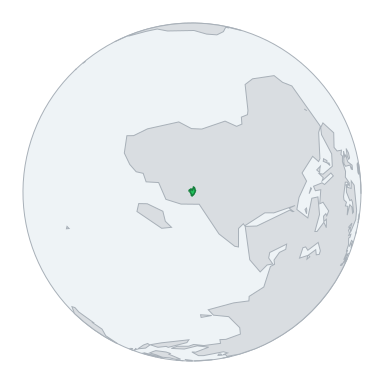 Iringa on an orthographic globe, rotated 102°
{"feature_id": "TZA-3386", "entity_name": "Iringa", "entity_type": "Region", "adm_level": 1, "iso_a3": "TZA", "parent_name": "United Republic of Tanzania", "parent_adm1": "", "projection": "orthographic", "projection_center": [35.62, -7.961], "detail": "fine", "context": "on_globe", "style": "filled", "palette": "green", "viewbox_px": 384, "rotation_deg": 102, "n_neighbors": 0, "source": "natural_earth", "source_scale": "10m", "svg_char_len": 7069}
<svg xmlns="http://www.w3.org/2000/svg" viewBox="0 0 384 384"><g transform="rotate(102 192 192)"><circle cx="192" cy="192" r="169" fill="#eef3f6" stroke="#a8b0b8"/><path d="M23.7,177.3L23.7,178.5L23.6,185.1L23.4,189.8L23.9,190.3L23.9,193.3L28.6,194.6L33.1,200.3L34.5,210.5L33.6,223.6L39.6,249.5L39.8,259.9L44.4,270.3L52.6,286.3L52.1,286.7L57.0,293.3L60.6,298.2L61.1,298.9L54.0,289.4L47.5,279.5L41.7,269.2L36.7,258.4L32.4,247.4L28.9,236.1L26.2,224.5L24.3,212.8L23.3,201.0L23.1,189.2L23.7,177.3ZM95.5,330.7L96.1,331.1L96.9,331.7L95.5,330.7ZM88.4,325.3L86.2,323.3L87.1,323.9L88.8,325.5L88.4,325.3ZM321.2,83.1L321.8,83.8L325.2,88.1L325.4,88.2L328.8,92.9L329.7,94.1L332.1,97.5L340.8,112.1L345.5,123.6L344.1,125.4L344.9,128.1L342.0,123.7L341.7,128.0L349.7,146.8L350.7,151.7L348.5,158.9L347.9,155.1L340.3,143.4L341.4,154.9L347.2,166.9L349.3,179.7L345.9,174.3L343.5,163.1L340.8,158.7L339.7,148.4L334.1,132.6L330.6,134.0L329.1,128.2L320.9,115.1L314.8,117.1L306.3,130.2L308.0,145.4L303.8,151.6L291.8,128.2L286.7,113.7L282.2,114.4L270.0,102.0L248.5,99.8L245.6,96.2L241.5,97.6L232.9,93.9L228.6,88.4L223.3,88.6L235.0,103.4L240.6,103.3L245.6,98.0L247.8,103.4L256.0,108.7L246.3,121.4L214.6,132.8L211.8,121.5L189.4,92.6L190.3,89.6L190.2,89.2L190.0,88.6L187.6,93.6L183.8,88.4L195.4,107.6L197.2,116.4L214.1,133.4L212.4,135.2L218.0,138.9L236.1,135.1L236.2,138.9L227.4,156.9L202.5,182.4L206.1,200.3L204.6,216.0L189.7,226.6L191.6,239.0L183.9,243.6L183.8,250.8L178.0,258.6L168.0,266.3L150.5,267.4L149.0,260.8L139.5,248.7L126.2,219.5L130.1,205.7L128.4,195.5L115.8,174.4L118.5,162.0L115.2,157.3L108.5,159.3L104.8,153.8L100.7,154.2L75.8,162.4L68.7,156.3L61.1,135.9L65.9,126.2L67.5,116.4L101.1,80.0L107.4,80.5L132.9,73.8L135.9,74.5L132.0,81.4L150.5,88.3L157.5,82.2L175.1,86.2L187.3,85.8L193.3,73.3L173.2,73.5L170.6,67.8L187.4,62.6L205.1,63.6L204.6,61.5L194.2,56.7L199.0,53.2L190.7,54.9L193.5,56.9L188.3,58.3L185.4,56.6L187.3,55.2L182.1,54.4L174.8,61.7L176.9,64.6L163.0,66.5L165.1,71.6L161.1,74.3L156.0,66.7L157.1,63.9L146.9,57.1L144.5,60.1L154.0,67.0L150.7,66.6L147.5,71.6L147.3,67.5L137.7,60.1L125.7,63.3L109.0,77.2L102.3,79.5L97.2,78.3L104.6,65.7L118.9,62.3L121.7,58.6L120.0,54.5L124.4,54.1L125.5,52.3L131.0,51.2L139.9,46.1L145.6,45.1L150.2,40.2L153.8,39.2L150.1,42.2L150.5,44.1L165.0,42.8L168.1,41.7L169.9,38.8L173.7,39.1L173.6,36.6L182.4,35.4L171.6,35.0L173.5,32.4L179.4,30.5L178.0,29.8L168.4,33.0L166.3,34.5L167.6,35.8L160.2,40.8L155.0,42.1L155.4,37.1L148.0,38.6L151.6,34.8L175.5,27.2L184.9,26.1L198.1,28.5L195.3,29.6L189.2,29.1L193.8,31.5L193.9,30.3L197.0,30.9L199.6,29.3L201.9,29.7L200.4,27.8L203.5,28.1L204.5,29.2L210.9,27.9L217.8,28.7L218.1,28.3L216.5,27.6L226.2,29.4L226.1,29.1L222.8,28.3L220.4,27.2L219.8,26.3L223.2,27.0L223.8,27.4L230.3,29.6L231.6,31.1L232.9,31.4L232.6,30.3L224.7,27.5L223.4,26.8L227.6,27.9L226.0,27.4L226.4,27.3L230.0,28.0L225.6,26.8L225.6,26.4L237.8,29.4L249.8,33.2L261.5,38.0L272.7,43.6L283.5,50.0L293.9,57.2L303.6,65.1L312.7,73.8L321.2,83.1ZM88.6,96.6L87.5,99.5L88.6,96.6ZM223.4,71.9L234.3,73.1L230.0,65.6L233.8,65.6L230.9,63.3L229.6,65.1L222.7,59.0L227.6,57.4L226.6,54.6L222.9,54.2L215.1,58.1L224.9,66.6L222.1,69.4L223.4,71.9ZM125.9,45.0L127.4,45.5L124.7,47.6L117.4,50.3L121.2,47.1L125.9,45.0ZM130.1,45.9L132.5,41.0L137.1,39.6L134.1,41.1L136.9,40.7L132.8,43.1L134.9,47.1L132.7,49.3L120.4,52.3L125.7,49.8L123.9,49.3L130.1,45.9ZM130.5,35.6L131.6,34.8L140.2,32.6L138.2,33.8L130.8,36.2L128.8,36.3L130.5,35.6ZM158.6,26.4L156.0,26.9L154.5,27.3L150.3,28.3L148.2,28.9L147.4,29.1L144.9,29.9L141.5,30.8L143.3,30.4L130.1,34.8L144.1,30.0L158.6,26.4ZM140.0,71.8L142.4,71.8L146.4,71.2L144.5,74.6L140.0,71.8ZM133.2,66.6L135.5,66.0L134.7,70.0L132.1,70.2L133.2,66.6ZM137.4,62.5L135.6,65.7L135.1,64.1L137.4,62.5ZM152.3,41.7L154.8,41.1L154.8,41.7L153.1,42.9L152.3,41.7ZM179.8,24.0L178.3,24.0L179.2,23.8L179.1,23.6L182.7,23.4L184.1,23.4L179.8,24.0ZM189.5,75.4L185.6,77.8L183.9,76.7L185.6,76.0L189.5,75.4ZM163.7,75.8L169.3,77.1L163.1,76.7L163.7,75.8ZM183.7,23.7L183.2,23.6L185.3,23.6L183.7,23.7ZM185.3,23.2L187.8,23.2L183.1,23.3L185.3,23.2ZM253.3,304.6L254.1,307.2L251.6,307.1L253.3,304.6ZM233.8,214.1L222.5,241.8L214.4,241.7L212.8,233.3L216.9,216.5L226.2,212.0L230.8,204.7L233.8,214.1ZM357.5,217.1L357.8,219.0L357.7,219.8L357.5,217.1ZM357.3,213.2L357.9,214.7L356.9,214.7L357.3,213.2ZM358.1,215.3L358.8,215.2L359.1,214.5L358.8,216.0L358.1,215.3ZM356.7,212.4L351.8,207.7L349.4,203.9L350.4,201.4L354.3,204.9L356.7,212.4ZM350.1,201.2L345.9,190.6L337.2,164.3L340.4,165.7L348.9,183.0L348.4,185.2L351.0,193.1L350.1,201.2ZM358.8,192.7L358.2,199.9L356.0,196.7L354.7,194.4L353.9,184.1L354.4,179.7L355.5,180.8L357.9,168.4L359.1,173.6L358.9,179.2L359.8,186.7L358.8,192.7ZM308.7,147.0L312.8,157.0L310.3,158.1L308.7,147.0ZM357.2,159.0L357.3,164.2L356.7,156.6L357.2,159.0ZM355.8,151.4L356.7,154.9L355.6,150.9L355.8,151.4ZM346.4,132.6L345.2,132.4L344.4,130.1L345.4,128.9L346.4,132.6ZM344.4,119.0L347.3,125.5L348.1,127.6L346.2,123.1L344.4,119.0ZM213.6,24.8L209.7,25.1L209.3,25.9L212.8,26.9L206.2,25.9L206.9,24.6L213.6,24.8ZM199.5,23.2L198.1,23.2L196.4,23.1L199.5,23.2ZM335.2,281.8L329.1,285.6L329.4,282.5L332.9,277.8L340.2,261.2L340.5,262.0L344.8,251.5L350.5,246.5L355.8,233.2L355.4,235.1L351.7,247.3L347.0,259.2L341.5,270.7L335.2,281.8ZM359.0,217.6L358.2,220.9L359.1,216.7L359.1,217.0L359.0,217.6ZM360.7,201.6L360.7,201.4L360.7,201.6ZM360.2,189.1L360.3,194.2L360.8,192.9L360.4,195.9L360.2,204.7L359.9,207.2L360.2,197.8L359.5,206.0L359.2,205.2L359.6,197.4L360.1,189.2L360.3,186.2L360.9,187.7L360.2,189.1ZM359.9,172.9L359.3,168.4L359.3,169.6L358.8,165.3L359.9,172.9ZM357.8,159.4L358.2,161.5L358.3,162.5L357.7,158.9L357.8,159.4ZM357.8,160.2L357.0,156.0L357.4,157.4L357.8,160.2ZM356.8,154.7L355.4,149.9L351.6,137.0L352.0,137.7L354.7,146.7L356.7,154.1L356.8,154.7Z" fill="#d9dde1" stroke="#a8b0b8" stroke-width="1"/><path d="M194.5,190.3L194.6,190.6L194.8,190.7L195.0,190.7L195.1,190.8L195.3,190.9L195.4,191.0L195.5,191.1L195.8,191.1L195.8,191.3L195.6,191.5L195.3,192.0L195.1,192.1L194.9,192.0L194.6,191.9L194.3,192.0L194.1,192.2L194.0,192.3L194.0,192.5L193.8,192.7L193.7,192.7L193.4,192.8L193.2,193.0L193.0,193.3L192.8,193.6L192.6,193.8L192.4,193.9L192.3,194.0L192.2,194.4L192.2,194.5L192.1,194.3L191.7,194.2L191.4,194.1L191.2,194.1L191.2,194.3L191.2,194.5L191.2,194.8L191.2,195.0L191.3,195.1L191.0,195.2L190.8,195.1L190.5,194.9L190.5,194.4L189.8,194.2L189.4,193.9L189.4,193.7L189.3,193.4L189.4,193.1L189.5,193.0L189.8,192.9L189.9,192.6L190.0,192.5L190.2,192.4L190.3,192.3L190.4,192.2L190.2,192.1L189.9,192.1L190.0,192.0L189.9,191.9L189.1,191.8L188.9,191.7L188.5,191.6L188.3,191.6L187.0,191.6L186.8,191.6L186.8,191.4L187.0,191.2L187.1,190.9L187.2,190.7L187.3,190.5L187.6,190.3L187.7,190.2L187.8,190.1L188.0,190.1L188.3,190.1L188.5,189.8L189.4,189.6L189.5,189.4L189.5,189.1L189.8,188.9L190.1,188.9L190.3,188.9L190.7,189.1L191.0,189.1L191.3,189.0L191.5,189.0L191.8,189.2L192.0,189.2L192.3,189.4L192.5,189.4L192.8,189.5L193.0,189.5L193.3,189.5L193.7,189.6L193.8,189.7L193.9,189.8L194.0,189.9L194.0,190.0L194.4,190.1L194.5,190.1L194.5,190.3Z" fill="#22c55e" stroke="#15803d" stroke-width="1.5"/></g></svg>